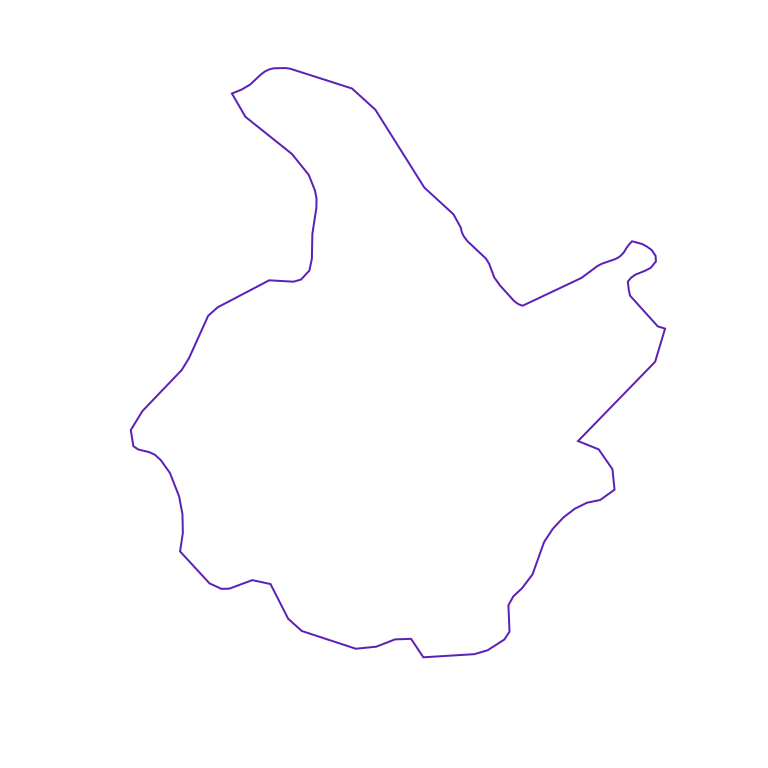 outline of Pistoia, rotated 23°
{"feature_id": "ITA-5384", "entity_name": "Pistoia", "entity_type": "Province", "adm_level": 1, "iso_a3": "ITA", "parent_name": "Italy", "parent_adm1": "", "projection": "natural_earth1", "projection_center": [10.855, 43.979], "detail": "fine", "context": "isolated", "style": "outline", "palette": "violet", "viewbox_px": 768, "rotation_deg": 23, "n_neighbors": 0, "source": "natural_earth", "source_scale": "10m", "svg_char_len": 1473}
<svg xmlns="http://www.w3.org/2000/svg" viewBox="0 0 768 768"><g transform="rotate(23 384 384)"><path d="M183.3,540.3L177.6,539.2L168.9,525.3L172.2,503.3L192.3,450.2L194.4,436.4L195.5,389.8L201.0,378.3L237.8,333.4L260.7,325.2L266.8,320.3L271.0,308.7L268.6,296.7L259.4,273.8L252.9,248.2L249.4,239.6L244.8,232.8L233.0,220.9L209.5,208.3L152.0,192.2L130.5,176.0L137.9,168.6L143.7,160.8L149.9,146.8L152.4,142.7L155.5,139.2L159.1,136.5L169.7,131.7L174.6,130.4L239.1,124.5L268.9,134.9L344.3,187.4L360.6,193.2L381.7,200.7L393.4,209.9L396.3,213.8L399.8,217.0L405.2,220.0L428.8,228.7L433.8,232.2L443.7,242.7L452.1,247.9L471.6,256.9L476.5,258.0L481.0,257.8L524.3,209.2L534.4,192.0L537.5,188.2L547.9,178.8L550.5,175.7L551.9,173.1L553.3,169.3L554.0,164.4L555.1,159.5L556.6,155.7L566.8,154.3L571.9,154.7L577.9,156.0L583.9,159.9L586.4,164.9L584.2,172.7L580.4,177.4L572.8,185.0L570.0,189.4L568.4,194.4L572.3,201.3L575.9,206.5L613.5,224.0L621.1,223.2L624.9,257.6L584.9,360.7L607.2,360.3L627.6,373.2L637.5,391.2L628.3,406.3L617.3,413.9L608.3,424.3L601.2,436.9L596.0,451.2L593.1,466.9L595.1,501.2L590.9,517.9L586.0,529.0L585.0,539.1L596.3,562.9L594.6,572.2L583.5,588.5L572.7,597.4L527.0,620.2L508.5,608.0L493.9,614.8L479.4,628.9L461.5,638.7L404.8,643.5L387.5,637.5L357.7,612.5L339.4,616.0L321.6,632.8L314.4,636.1L301.3,635.7L261.7,617.8L257.0,599.6L249.4,582.7L239.4,567.6L221.8,549.6L208.1,541.2L200.8,538.7L194.9,538.4L183.3,540.3Z" fill="none" stroke="#5b21b6" stroke-width="2"/></g></svg>